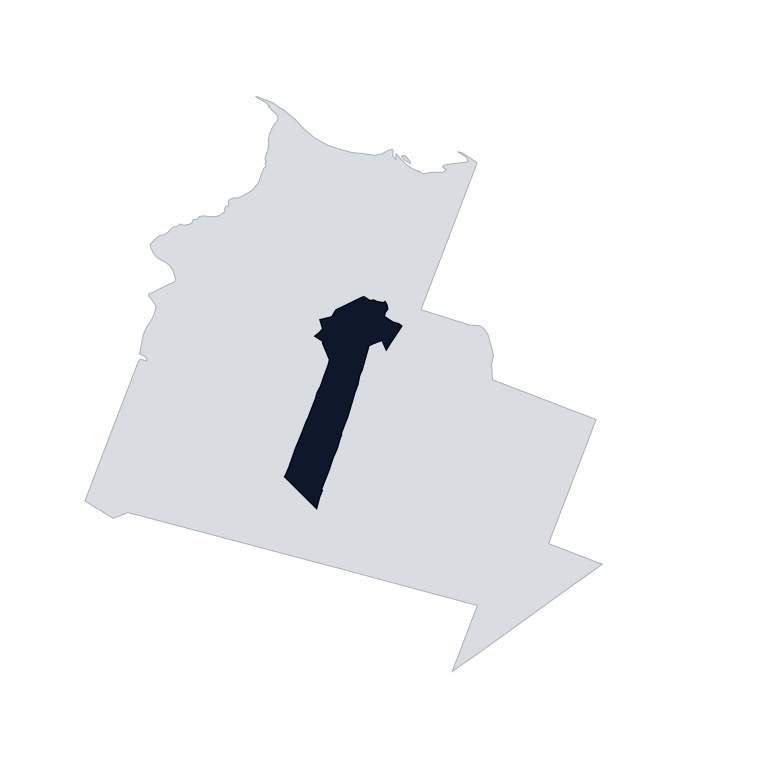 Chinguitti, Adrar, Mauritania (highlighted), rotated 111°
{"feature_id": "47542326B90495786476095", "entity_name": "Chinguitti", "entity_type": "district", "adm_level": 2, "iso_a3": "MRT", "parent_name": "Mauritania", "parent_adm1": "Adrar", "projection": "mercator", "projection_center": [-10.907, 20.124], "detail": "fine", "context": "in_parent", "style": "filled", "palette": "ink", "viewbox_px": 768, "rotation_deg": 111, "n_neighbors": 0, "source": "geoboundaries", "source_scale": "gbopen_adm2", "svg_char_len": 4362}
<svg xmlns="http://www.w3.org/2000/svg" viewBox="0 0 768 768"><g transform="rotate(111 384 384)"><path d="M330.7,649.7L329.8,649.4L325.6,646.4L323.6,642.9L320.2,640.2L315.6,638.5L312.6,636.4L311.2,634.1L309.5,632.6L307.7,631.8L307.5,631.0L307.9,629.9L307.5,627.8L304.8,623.1L302.3,621.0L300.1,621.3L298.9,620.8L298.1,619.7L297.9,618.2L296.4,616.9L293.8,616.4L291.8,612.9L290.2,606.6L288.2,601.6L285.7,598.0L284.0,596.7L282.6,596.5L282.2,595.9L281.8,594.9L279.9,594.5L277.2,595.6L274.8,595.2L273.6,593.5L271.9,593.3L269.8,594.8L267.4,594.4L264.9,592.1L263.5,589.8L263.2,587.6L258.8,583.1L250.2,576.4L240.9,573.3L230.9,573.7L225.2,573.4L224.0,572.3L222.7,572.4L221.5,573.6L220.2,573.9L218.7,573.2L217.9,573.7L217.5,575.4L214.0,576.3L207.2,576.3L201.8,577.4L197.6,579.5L191.7,580.4L184.1,580.1L179.6,579.3L178.0,578.1L175.8,577.8L173.0,578.4L170.5,581.8L168.2,587.8L166.4,591.2L164.9,592.0L163.4,596.5L162.5,603.9L161.2,607.2L161.2,588.6L163.3,581.6L164.0,575.5L168.7,562.0L174.2,550.9L179.4,536.2L181.3,521.9L180.6,507.8L179.1,495.3L176.5,487.0L174.0,475.0L170.3,468.7L163.5,463.1L162.0,459.9L163.6,458.7L167.7,457.8L170.3,453.5L164.8,455.2L171.2,441.9L173.2,432.8L172.9,426.9L174.1,423.2L169.2,415.2L165.4,405.1L163.4,403.6L161.4,402.7L161.2,405.1L160.1,407.2L157.7,405.9L153.5,398.6L147.6,386.7L145.5,385.4L143.8,387.1L142.7,388.6L140.8,398.6L140.1,394.6L141.0,390.0L142.4,384.2L144.1,376.3L149.2,376.3L158.3,376.2L176.6,376.2L185.7,376.2L204.0,376.2L213.1,376.2L231.4,376.1L240.6,376.1L258.8,376.1L268.0,376.1L286.2,376.1L295.4,376.1L301.4,376.1L301.0,370.4L300.8,365.9L300.4,359.8L300.0,353.7L299.6,347.7L299.3,342.0L298.9,336.3L298.6,331.0L298.3,326.1L297.8,323.4L295.8,317.8L295.4,315.0L295.9,312.1L297.2,309.4L300.8,304.4L306.2,300.5L312.4,296.0L317.2,292.6L319.6,291.8L327.0,290.6L332.9,288.0L338.6,285.5L341.0,284.1L341.2,279.4L341.2,173.2L369.5,173.2L376.9,173.2L428.9,173.2L436.3,173.2L474.1,173.2L474.1,168.1L474.1,160.9L474.1,150.9L474.1,140.8L474.1,123.1L474.0,115.7L481.5,120.6L496.5,130.5L504.0,135.5L519.0,145.3L534.0,155.2L549.0,165.0L556.5,169.9L564.0,174.8L571.5,179.7L579.0,184.6L593.9,194.4L600.2,198.5L609.9,205.0L618.8,211.2L627.9,217.3L613.9,217.3L595.3,217.3L582.6,217.4L569.5,217.4L557.3,217.4L558.4,227.4L559.5,238.3L560.6,249.2L561.8,260.0L562.9,270.8L566.3,303.2L567.4,314.0L568.6,324.7L569.7,335.4L570.8,346.1L573.1,367.5L574.2,378.1L575.4,388.8L576.5,399.4L577.6,410.0L578.8,420.5L581.1,441.6L582.2,452.1L583.3,462.6L584.5,473.1L585.6,483.6L586.7,494.1L587.9,504.5L589.0,514.9L591.3,535.8L592.4,546.1L593.5,556.5L594.7,566.9L595.8,576.9L600.5,582.2L606.5,588.8L604.7,598.1L602.7,609.2L600.4,621.3L583.8,621.3L567.6,621.4L527.0,621.4L518.8,621.4L478.2,621.4L470.1,621.4L454.4,621.4L449.7,621.1L448.1,620.1L447.5,613.9L446.1,614.3L444.4,616.1L443.6,618.1L443.9,620.7L443.6,622.9L438.4,623.8L431.3,625.3L423.9,626.4L416.4,626.0L413.9,625.5L411.1,624.7L405.2,623.8L401.9,623.7L398.2,623.9L393.8,624.4L392.4,625.5L389.1,630.2L385.9,635.6L383.8,635.6L381.4,632.6L375.0,627.0L367.2,619.7L363.6,616.0L361.7,615.5L358.0,618.2L354.8,620.7L351.5,624.3L349.9,627.7L348.7,631.7L348.2,636.5L347.0,642.0L344.2,646.5L341.0,649.9L338.6,651.5L337.7,652.3L330.7,649.7ZM167.6,445.3L165.1,449.4L163.9,447.8L163.5,445.1L165.8,441.3L166.8,439.3L168.8,438.5L167.6,445.3Z" fill="#d9dde1" stroke="#a8b0b8" stroke-width="1"/><path d="M347.0,466.8L348.3,465.7L350.1,464.4L354.4,461.0L358.2,462.4L359.3,462.8L364.1,465.7L365.9,456.8L368.1,455.7L380.8,443.6L385.8,442.9L396.4,442.8L409.1,442.4L415.8,443.3L422.5,442.7L442.7,442.7L446.8,443.1L460.9,443.1L475.6,443.5L495.9,442.9L505.3,443.3L506.1,443.7L524.4,402.3L512.8,403.6L505.5,403.5L504.5,404.6L494.5,404.6L490.0,404.5L482.1,404.5L478.3,404.8L470.3,405.1L463.4,404.7L459.3,404.7L450.3,405.5L446.9,405.4L444.8,406.2L435.5,406.2L432.4,406.2L428.2,406.1L421.7,406.6L411.0,407.4L406.9,407.8L401.7,408.2L393.8,408.2L393.5,408.3L384.8,409.8L378.6,409.5L353.6,411.8L351.4,409.8L348.6,406.8L343.9,401.5L351.3,394.1L343.9,392.7L330.0,389.6L323.5,388.2L322.5,392.0L323.1,397.6L321.6,404.4L320.9,407.9L319.2,408.2L316.7,408.5L312.8,407.4L309.1,409.6L306.7,412.6L308.2,413.5L308.7,415.3L309.0,417.0L309.6,420.4L309.3,423.7L310.8,426.1L311.1,427.8L310.5,430.3L310.0,432.4L309.8,434.0L310.6,435.2L317.8,442.1L318.3,442.4L332.1,455.4L340.0,456.8L347.0,466.8Z" fill="#0f172a" stroke="#020617" stroke-width="1.5"/></g></svg>